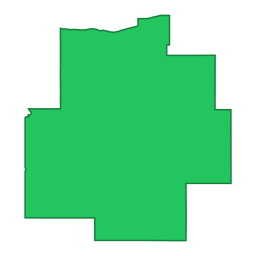 the district of Karoonda East Murray, South Australia, Australia
{"feature_id": "25037944B45596854652330", "entity_name": "Karoonda East Murray", "entity_type": "district", "adm_level": 2, "iso_a3": "AUS", "parent_name": "Australia", "parent_adm1": "South Australia", "projection": "mercator", "projection_center": [139.832, -34.928], "detail": "fine", "context": "isolated", "style": "filled", "palette": "green", "viewbox_px": 256, "rotation_deg": 0, "n_neighbors": 0, "source": "geoboundaries", "source_scale": "gbopen_adm2", "svg_char_len": 3787}
<svg xmlns="http://www.w3.org/2000/svg" viewBox="0 0 256 256"><path d="M25.1,117.7L25.1,166.9L25.2,167.7L25.3,167.9L25.4,168.3L25.5,168.5L25.6,168.8L25.7,169.1L25.7,169.4L25.7,169.9L25.1,171.2L25.1,178.2L25.1,193.4L25.1,206.8L25.1,217.8L41.7,217.9L41.8,217.9L42.8,217.9L43.1,217.8L43.5,217.8L43.8,217.9L50.5,217.9L64.6,217.9L75.2,217.9L75.4,217.9L94.8,217.9L94.8,240.4L100.3,240.4L116.7,240.4L126.5,240.4L140.5,240.4L161.0,240.5L173.5,240.6L186.0,240.6L186.0,233.5L186.1,225.9L186.1,224.4L186.1,224.0L186.1,223.9L186.1,223.7L186.1,218.0L186.1,212.0L186.1,211.8L186.1,211.7L186.1,211.1L186.1,210.9L186.1,210.7L186.1,210.3L186.1,209.8L186.1,209.7L186.0,191.6L186.0,191.4L186.0,191.0L186.0,190.8L186.0,190.6L186.0,190.4L186.0,190.2L186.0,189.9L186.0,189.6L186.0,189.3L186.0,189.2L186.0,183.4L207.7,183.4L217.0,183.4L231.0,183.4L230.9,109.7L222.7,109.7L222.1,109.7L215.5,109.6L215.0,109.6L215.1,55.3L196.9,55.4L178.5,55.4L166.7,55.4L166.7,45.2L167.5,44.8L168.5,45.0L169.0,45.0L169.5,44.9L169.5,37.3L169.5,15.4L160.8,15.4L154.5,16.9L154.2,16.9L147.5,18.6L138.0,18.6L138.0,26.0L125.8,29.1L125.7,29.2L125.4,29.3L122.6,30.0L121.7,30.2L121.4,30.3L120.8,30.5L120.7,30.5L120.4,30.7L120.1,31.0L119.8,31.1L119.5,31.1L118.7,31.3L114.0,32.4L113.8,32.4L113.6,32.4L113.5,32.5L113.4,32.5L113.3,32.4L113.2,32.2L112.9,32.1L112.7,32.1L110.3,32.0L109.7,31.7L109.2,31.7L108.1,31.3L107.5,31.2L106.9,31.1L104.1,30.5L103.6,30.3L102.6,30.3L102.0,30.6L101.3,30.6L101.0,30.6L99.9,30.6L98.6,30.3L97.7,29.8L96.0,29.3L94.4,29.1L92.1,28.6L90.9,29.0L89.8,29.1L88.0,29.3L87.8,29.3L87.7,29.4L87.3,29.5L87.2,29.5L86.8,29.6L86.5,29.6L86.2,29.7L85.8,29.8L85.5,29.9L85.3,29.9L82.1,29.9L81.3,30.1L77.3,29.6L75.8,29.5L70.9,29.6L66.7,29.2L65.3,29.0L62.7,28.9L61.0,28.4L60.7,28.4L60.4,28.3L60.4,38.0L60.6,38.0L60.5,38.4L60.5,38.7L60.5,38.9L60.5,39.4L60.5,39.5L60.5,39.9L60.5,40.3L60.5,40.6L60.5,40.8L60.5,41.3L60.5,41.5L60.5,41.8L60.5,42.0L60.5,42.3L60.5,42.5L60.5,42.9L60.5,43.6L60.5,43.9L60.5,44.4L60.5,44.8L60.5,45.0L60.5,45.3L60.5,45.8L60.5,46.0L60.5,46.3L60.5,46.6L60.5,47.0L60.5,47.5L60.5,48.3L60.5,48.5L60.5,48.8L60.5,49.0L60.5,49.3L60.5,49.6L60.5,49.8L60.5,50.0L60.5,50.4L60.5,50.7L60.5,51.0L60.5,51.5L60.5,51.8L60.5,52.3L60.5,52.5L60.5,52.8L60.5,53.1L60.5,53.4L60.6,53.8L60.6,54.2L60.5,54.3L60.6,54.6L60.5,54.8L60.5,55.0L60.5,55.3L60.5,56.2L60.5,56.4L60.5,56.7L60.5,57.0L60.5,57.3L60.5,57.5L60.5,57.9L60.5,58.3L60.5,58.5L60.5,58.9L60.5,59.2L60.5,59.5L60.5,60.2L60.5,60.5L60.5,60.9L60.5,61.3L60.5,61.8L60.5,62.2L60.5,62.7L60.5,62.9L60.5,63.1L60.5,63.3L60.5,63.8L60.5,64.1L60.5,64.3L60.5,64.7L60.5,64.9L60.5,65.0L60.5,65.5L60.5,65.8L60.5,66.4L60.5,66.8L60.5,67.3L60.5,67.5L60.5,67.9L60.5,68.2L60.5,68.6L60.5,68.8L60.5,69.0L60.5,69.3L60.4,69.5L60.5,84.7L60.5,88.9L60.5,89.0L60.5,89.3L60.6,89.7L60.6,90.1L60.6,90.3L60.6,90.5L60.6,90.8L60.6,91.0L60.6,91.3L60.6,91.5L60.6,92.0L60.5,92.3L60.5,92.5L60.5,92.8L60.5,93.0L60.5,93.3L60.5,93.6L60.6,93.8L60.6,94.0L60.5,94.3L60.6,94.5L60.5,97.1L60.5,97.4L60.5,97.5L60.5,97.8L60.5,98.0L60.5,98.3L60.5,98.5L60.5,98.8L60.5,99.0L60.5,99.3L60.5,99.6L60.5,99.9L60.5,100.0L60.5,100.4L60.5,100.6L60.5,100.8L60.5,101.0L60.5,101.3L60.5,101.5L60.5,101.8L60.5,102.1L60.5,102.3L60.5,102.6L60.5,102.8L60.5,103.0L60.5,103.3L60.5,103.7L60.5,104.1L60.5,104.3L60.5,104.5L60.5,105.0L60.5,105.3L60.5,105.5L60.5,105.8L60.5,106.1L60.5,106.3L60.5,106.5L60.5,106.8L60.5,107.2L60.5,107.3L60.6,107.5L60.6,107.8L60.6,108.1L60.6,108.3L60.6,108.7L60.6,108.8L46.5,108.9L34.6,108.9L31.7,108.8L28.6,108.8L28.8,109.2L29.1,110.0L29.6,110.6L30.7,111.7L31.1,112.4L31.3,113.2L31.3,113.7L31.1,114.1L30.6,114.4L30.2,114.6L29.6,114.8L29.1,114.8L28.4,114.8L28.5,115.0L28.9,116.4L28.7,116.4L27.9,116.7L27.6,116.6L27.6,116.4L26.9,116.6L26.5,116.7L26.1,116.8L25.1,117.7Z" fill="#22c55e" stroke="#15803d" stroke-width="1.5"/></svg>